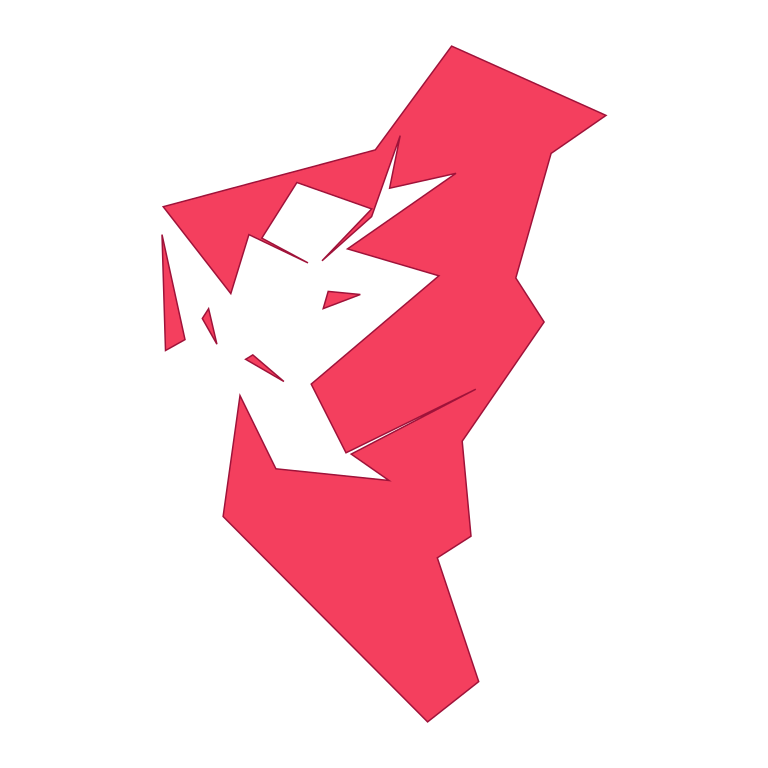 the County of Rogaland
{"feature_id": "NOR-914", "entity_name": "Rogaland", "entity_type": "County", "adm_level": 1, "iso_a3": "NOR", "parent_name": "Norway", "parent_adm1": "", "projection": "orthographic", "projection_center": [5.997, 59.066], "detail": "coarse", "context": "isolated", "style": "filled", "palette": "rose", "viewbox_px": 768, "rotation_deg": 0, "n_neighbors": 0, "source": "natural_earth", "source_scale": "10m", "svg_char_len": 735}
<svg xmlns="http://www.w3.org/2000/svg" viewBox="0 0 768 768"><path d="M427.6,721.9L223.1,516.5L240.0,395.6L275.9,468.8L389.0,480.5L351.2,454.1L475.8,389.2L346.0,452.8L311.2,384.1L438.9,275.8L347.5,248.9L456.0,173.3L389.6,188.2L400.2,135.6L371.6,216.6L322.0,260.8L371.7,208.9L296.9,182.5L261.8,238.1L308.0,262.9L248.9,234.6L230.8,293.6L163.2,206.7L375.3,149.9L451.6,46.1L606.0,115.4L551.1,153.4L515.8,278.0L544.1,322.0L462.2,441.2L471.0,536.2L437.3,557.8L478.7,681.6L427.6,721.9ZM162.0,234.6L185.0,339.6L165.5,350.5L162.0,234.6ZM328.2,291.4L360.3,294.5L323.2,308.6L328.2,291.4ZM252.8,354.9L283.9,381.5L245.6,359.3L252.8,354.9ZM208.6,308.7L216.9,344.2L202.3,318.5L208.6,308.7Z" fill="#f43f5e" stroke="#9f1239" stroke-width="1.5"/></svg>